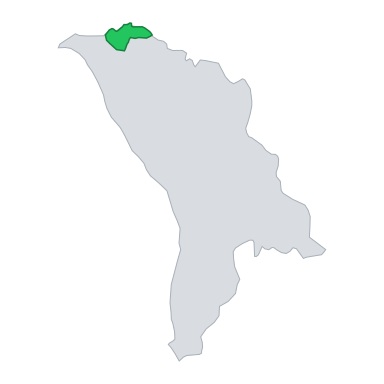 where Ocniţa sits in Moldova
{"feature_id": "MDA-1616", "entity_name": "Ocniţa", "entity_type": "District", "adm_level": 1, "iso_a3": "MDA", "parent_name": "Moldova", "parent_adm1": "", "projection": "albers", "projection_center": [27.56, 48.362], "detail": "fine", "context": "in_parent", "style": "filled", "palette": "green", "viewbox_px": 384, "rotation_deg": 0, "n_neighbors": 0, "source": "natural_earth", "source_scale": "10m", "svg_char_len": 2307}
<svg xmlns="http://www.w3.org/2000/svg" viewBox="0 0 384 384"><path d="M58.3,47.8L59.9,44.0L75.4,33.8L79.3,35.5L87.3,36.0L103.6,35.8L111.6,29.0L116.6,30.9L120.6,27.8L127.3,24.0L128.3,24.8L129.1,25.4L139.5,27.1L147.4,30.8L152.6,36.4L158.0,40.0L163.6,41.3L166.7,44.1L167.3,48.4L172.6,50.5L182.4,50.4L186.6,53.2L185.1,58.9L186.2,60.8L189.6,58.8L192.3,60.5L193.7,64.7L195.3,66.7L200.3,60.0L205.6,60.6L218.4,63.2L225.5,76.9L229.9,81.7L233.6,83.7L238.3,81.4L242.5,78.8L244.9,80.0L250.3,89.0L251.8,100.9L251.8,105.8L250.2,113.9L247.7,122.7L245.7,128.3L246.7,132.8L248.7,136.6L251.8,137.8L262.0,145.2L265.9,150.4L271.4,154.2L275.6,154.4L277.8,156.5L278.6,159.2L278.2,166.0L276.1,172.5L276.5,176.6L280.3,181.3L280.8,187.0L281.2,190.6L283.2,193.4L292.6,199.3L304.9,205.0L308.1,210.1L310.2,216.6L309.9,227.6L309.4,237.2L325.7,249.6L324.0,252.0L321.6,254.7L306.5,257.2L303.4,258.4L296.5,248.8L293.0,247.7L289.9,251.4L286.1,253.5L281.5,252.6L276.5,249.7L274.0,247.7L272.0,247.5L268.9,249.7L264.8,248.8L262.1,246.5L258.4,254.8L256.1,256.6L254.6,256.4L254.0,242.4L252.9,240.3L249.8,240.1L242.5,243.5L235.5,248.0L233.2,251.8L233.6,258.7L234.7,266.9L239.8,279.3L237.2,284.8L235.5,293.5L228.1,301.5L219.5,306.3L219.0,315.8L214.3,322.3L206.2,328.9L200.7,336.8L202.2,342.1L202.6,347.1L201.7,350.6L201.5,353.2L199.4,354.4L186.8,355.5L183.3,357.2L179.2,361.0L175.2,353.9L171.2,347.8L168.3,344.5L169.5,343.0L172.7,341.2L174.9,339.1L174.6,331.8L172.8,323.3L171.3,319.3L171.1,312.9L170.0,302.9L171.3,284.4L177.4,261.1L180.7,249.5L179.0,243.2L180.1,228.4L177.4,221.1L173.2,211.6L167.0,190.9L159.6,183.7L150.4,175.8L146.5,169.8L143.9,163.2L138.4,156.7L132.2,150.7L124.8,135.6L121.0,128.8L119.8,127.0L111.4,117.3L107.0,108.6L104.8,101.4L103.5,94.8L97.7,81.7L92.4,71.8L87.4,64.7L85.1,59.8L79.2,53.5L70.8,48.4L65.3,47.5L58.3,47.8Z" fill="#d9dde1" stroke="#a8b0b8" stroke-width="1"/><path d="M129.8,23.0L131.4,23.3L131.6,26.2L133.1,26.9L142.3,26.8L144.8,28.0L149.6,31.5L150.7,32.7L152.2,35.0L150.4,36.2L146.5,38.1L138.7,37.5L135.1,38.4L130.5,37.5L129.2,39.4L128.4,42.2L127.0,44.2L125.4,48.8L124.4,50.8L116.5,49.6L109.7,43.4L106.6,40.3L105.4,35.3L105.3,35.0L109.3,30.0L112.0,28.6L113.4,29.0L115.5,30.9L116.5,31.3L117.8,30.7L122.3,26.9L124.0,24.6L127.0,24.6L127.9,24.3L129.8,23.0Z" fill="#22c55e" stroke="#15803d" stroke-width="1.5"/></svg>